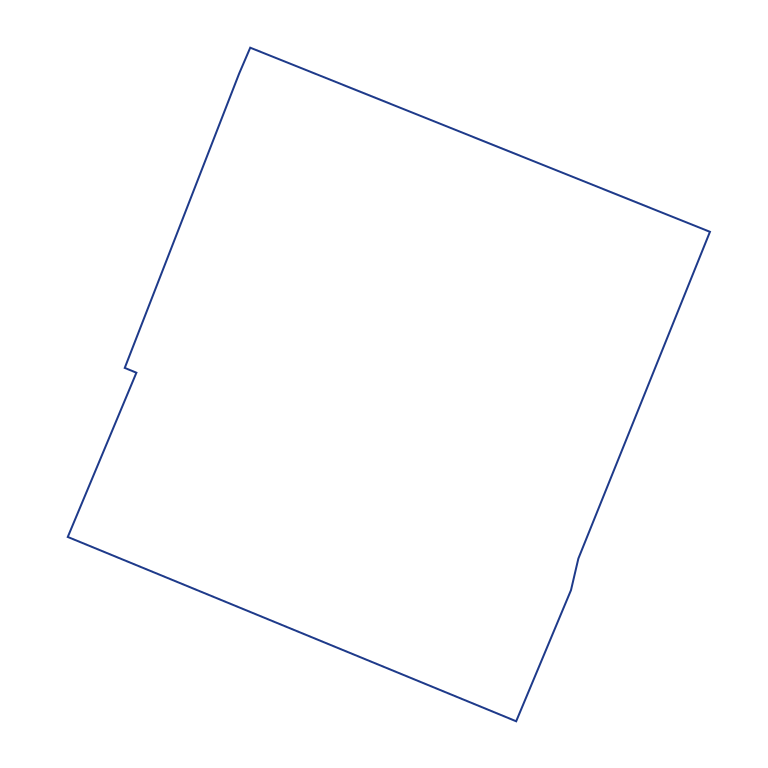 outline of Crawford, Ohio, United States of America, rotated 112°
{"feature_id": "52423323B92428589808296", "entity_name": "Crawford", "entity_type": "district", "adm_level": 2, "iso_a3": "USA", "parent_name": "United States of America", "parent_adm1": "Ohio", "projection": "natural_earth1", "projection_center": [-82.928, 40.85], "detail": "fine", "context": "isolated", "style": "outline", "palette": "blue", "viewbox_px": 768, "rotation_deg": 112, "n_neighbors": 0, "source": "geoboundaries", "source_scale": "gbopen_adm2", "svg_char_len": 286}
<svg xmlns="http://www.w3.org/2000/svg" viewBox="0 0 768 768"><g transform="rotate(112 384 384)"><path d="M120.8,138.8L122.3,634.0L150.6,634.6L466.2,630.4L466.3,617.8L644.3,619.9L647.2,135.1L505.1,133.4L473.0,138.4L120.8,138.8Z" fill="none" stroke="#1e3a8a" stroke-width="2"/></g></svg>